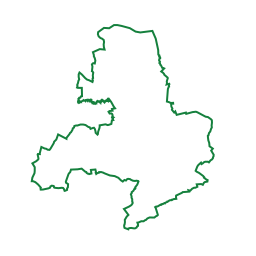 Kudan, Kaduna, Nigeria, rotated 99°
{"feature_id": "59680162B63511927639310", "entity_name": "Kudan", "entity_type": "district", "adm_level": 2, "iso_a3": "NGA", "parent_name": "Nigeria", "parent_adm1": "Kaduna", "projection": "orthographic", "projection_center": [7.758, 11.266], "detail": "fine", "context": "isolated", "style": "outline", "palette": "green", "viewbox_px": 256, "rotation_deg": 99, "n_neighbors": 0, "source": "geoboundaries", "source_scale": "gbopen_adm2", "svg_char_len": 5943}
<svg xmlns="http://www.w3.org/2000/svg" viewBox="0 0 256 256"><g transform="rotate(99 128 128)"><path d="M32.9,167.4L38.0,172.5L40.1,172.4L42.1,171.3L43.5,169.2L43.7,167.9L44.8,165.8L46.8,165.1L49.3,165.1L51.8,164.5L54.2,163.4L54.5,168.2L58.6,174.5L61.3,173.1L62.4,173.0L64.3,171.7L66.5,170.8L69.5,170.9L69.4,172.5L70.8,173.6L73.0,172.7L77.5,172.5L77.5,172.1L78.7,171.0L81.5,171.0L84.2,170.3L84.6,170.7L86.6,170.4L86.8,170.1L88.1,170.3L86.9,174.0L86.6,176.0L85.4,178.1L82.4,181.9L80.8,184.6L82.7,185.1L85.3,184.7L87.7,183.8L88.9,184.3L92.1,184.5L92.7,184.8L93.6,184.9L94.4,184.4L96.0,184.7L96.2,183.8L95.6,179.9L103.8,178.4L104.2,179.5L105.4,179.8L105.8,180.9L106.4,180.8L106.9,181.5L108.1,181.0L108.3,181.4L110.1,181.5L110.7,181.1L110.5,180.7L110.9,180.3L110.4,179.7L110.2,180.2L109.9,180.1L109.6,179.7L110.0,179.4L109.9,178.7L109.3,179.1L109.5,178.5L108.2,177.1L108.2,176.7L107.5,176.3L107.8,175.9L107.8,174.6L108.2,174.1L107.6,173.8L107.5,174.4L107.1,174.4L106.4,172.4L106.7,172.3L107.1,172.8L106.8,171.8L107.0,171.7L107.4,172.1L107.7,171.9L107.2,171.4L106.9,171.5L106.4,171.1L106.5,170.5L106.9,170.9L107.2,170.3L105.8,169.6L105.7,169.0L105.8,168.6L106.2,168.6L107.2,169.0L106.9,168.4L107.6,167.9L107.7,166.9L108.2,167.3L108.2,166.4L108.5,166.6L108.4,166.9L109.1,166.9L109.0,166.0L109.4,165.8L109.2,165.1L109.3,164.5L108.6,164.5L108.7,163.1L107.3,163.2L106.1,162.5L106.3,162.1L106.2,161.6L106.7,161.6L106.5,160.5L107.1,160.0L106.9,159.4L107.2,159.1L106.7,159.1L106.5,159.7L106.1,159.7L106.1,159.0L105.7,159.2L105.0,158.7L105.7,158.2L105.4,157.7L105.1,158.1L104.8,158.0L104.4,158.5L104.2,158.4L104.1,158.0L104.5,157.3L105.1,157.5L105.1,157.0L105.6,156.3L105.7,155.3L106.1,155.7L106.5,155.2L105.6,154.7L105.2,155.1L105.2,154.7L104.6,154.5L104.6,153.8L103.8,153.5L103.8,153.1L104.7,153.0L104.6,152.5L104.4,152.9L104.1,152.7L104.5,151.9L103.9,152.0L104.2,151.7L103.6,151.3L103.6,151.8L103.0,151.3L102.6,151.8L102.3,151.6L102.1,151.9L102.0,151.7L104.9,148.7L109.0,145.5L110.6,143.9L111.7,146.8L113.3,146.0L114.1,148.7L114.3,149.1L115.2,149.1L115.3,149.5L116.6,148.4L116.2,146.8L116.6,145.9L117.7,145.2L118.8,145.3L118.7,145.0L119.4,144.7L119.7,144.1L120.1,144.7L120.5,144.5L120.7,145.0L121.6,144.2L122.3,144.6L122.6,144.1L123.1,145.1L126.6,145.1L128.0,147.7L128.3,148.7L127.9,150.6L128.1,151.4L129.8,156.4L130.8,156.2L132.6,156.2L136.3,156.9L138.8,156.8L139.3,157.1L137.8,159.2L136.6,159.5L134.3,160.5L133.1,161.6L133.3,162.4L134.7,164.9L133.3,165.9L133.2,167.3L131.7,170.4L131.6,172.7L132.0,175.5L133.5,178.4L133.6,179.6L134.4,181.3L136.0,181.4L137.0,182.5L138.3,182.5L141.1,183.6L142.0,184.5L143.3,184.9L147.3,187.2L148.3,187.1L145.3,196.0L150.6,197.0L153.1,198.8L154.7,199.0L160.5,201.3L161.9,202.1L162.0,204.0L161.3,205.6L161.3,207.1L160.3,210.6L166.8,211.2L167.6,211.0L167.8,212.9L168.3,213.1L172.0,211.7L173.0,211.7L175.1,213.4L177.9,216.9L181.3,214.0L185.1,213.4L187.3,213.3L192.0,214.7L195.6,214.7L195.4,213.4L196.0,211.0L197.9,207.9L200.5,204.8L201.1,205.0L202.5,204.6L202.1,202.4L200.0,197.0L199.1,195.6L197.9,195.5L196.9,194.3L196.9,192.4L197.1,192.1L198.3,191.7L198.5,190.9L198.3,187.3L197.4,184.0L197.4,182.7L198.2,181.8L200.0,180.8L199.9,180.4L198.7,178.5L197.2,178.7L196.0,178.1L192.8,178.4L191.7,180.7L190.7,181.0L183.1,179.6L182.2,179.3L180.6,178.2L178.0,177.8L176.7,171.4L175.4,167.4L177.9,163.3L178.0,162.3L178.8,161.9L179.4,160.6L179.3,159.4L179.6,159.1L178.7,157.0L175.2,158.1L174.1,153.7L176.9,152.6L177.3,152.9L178.4,152.2L177.4,151.3L176.5,149.4L176.0,149.5L175.7,147.6L176.0,145.4L176.4,144.3L177.7,138.5L177.6,133.6L178.7,129.7L180.8,126.8L181.7,124.8L179.9,123.4L180.2,121.8L178.7,120.9L178.2,120.0L178.2,117.9L178.7,117.0L179.3,114.8L179.2,112.8L178.7,111.3L178.8,109.6L179.1,109.3L182.5,110.0L185.4,111.6L186.2,111.2L186.9,111.4L187.0,112.1L189.1,112.8L190.8,114.3L191.6,114.1L193.0,114.8L194.9,113.8L196.3,113.6L197.6,112.7L200.2,112.3L200.6,111.8L201.8,111.7L203.6,112.6L205.4,114.6L208.6,119.3L213.8,114.0L215.7,115.4L219.2,116.8L221.4,116.3L223.9,116.3L224.5,116.6L226.1,116.3L227.2,115.8L228.0,111.9L227.2,111.9L226.5,110.5L226.2,109.1L226.2,106.2L225.9,105.1L224.9,103.9L223.9,103.7L223.1,102.8L222.0,102.9L220.0,103.9L219.7,102.9L218.0,100.3L217.7,98.0L216.5,96.9L216.0,95.9L214.3,94.7L213.0,92.7L212.3,87.9L210.9,86.7L210.0,85.4L209.2,84.9L202.7,88.1L201.9,88.8L201.2,88.0L200.9,86.6L198.6,83.8L198.8,83.5L198.7,83.2L198.2,82.9L198.3,82.7L197.6,82.1L197.4,81.2L196.5,80.4L196.6,79.7L196.1,79.6L194.9,77.8L194.6,77.7L194.7,77.4L193.0,75.7L192.5,74.3L192.5,73.8L192.1,73.6L192.2,73.2L191.2,72.1L190.4,69.2L188.8,69.8L187.2,69.9L183.6,64.6L182.8,64.0L181.3,57.8L180.0,58.5L180.2,56.7L178.0,55.2L177.3,54.3L176.6,53.3L176.5,52.2L175.2,50.3L172.9,51.3L171.9,46.9L172.4,45.2L170.3,44.5L169.4,43.7L168.5,41.2L167.0,41.2L166.6,42.6L165.2,45.2L164.7,45.0L163.6,46.3L161.2,50.9L160.4,53.4L159.7,54.5L155.1,53.5L153.5,52.7L150.8,50.5L152.1,49.7L151.2,48.6L150.0,47.7L149.2,46.4L148.8,43.8L149.3,42.7L147.0,41.4L145.9,40.1L144.5,39.4L143.7,39.5L142.7,39.1L141.0,39.2L137.3,42.3L135.1,41.0L133.3,44.6L129.9,45.5L127.7,46.7L124.3,47.7L123.1,47.9L122.7,47.4L120.3,47.2L118.6,46.2L116.2,45.9L114.3,45.3L112.5,45.8L109.6,45.9L107.2,46.4L106.3,47.5L104.7,50.8L104.7,53.1L101.6,62.0L101.3,63.5L102.2,66.7L104.9,72.7L103.7,73.2L107.4,82.0L104.2,83.9L105.5,84.8L103.1,87.5L101.8,87.2L100.1,88.5L97.5,89.2L97.1,88.5L96.9,87.2L96.1,87.4L96.5,89.1L96.4,90.5L96.0,91.7L95.8,93.7L83.2,94.7L80.8,94.2L80.6,93.9L78.9,94.4L78.3,94.0L77.9,94.2L79.0,96.7L77.7,96.5L75.8,97.0L72.5,96.5L72.0,96.8L69.7,100.5L69.0,100.8L67.9,102.1L67.0,104.0L63.5,101.6L63.2,102.7L63.2,103.6L60.7,105.4L60.5,106.0L58.6,106.7L58.6,107.1L58.3,107.0L57.5,107.2L57.3,107.0L56.3,107.9L55.3,107.9L54.5,107.7L54.2,107.1L53.7,107.1L52.4,107.9L52.8,108.2L52.1,108.6L51.3,108.5L50.8,109.5L46.2,110.4L35.4,114.6L28.3,119.1L31.7,130.8L31.6,135.6L29.1,141.8L28.2,150.2L28.0,154.4L28.5,157.9L32.4,162.2L32.9,167.4Z" fill="none" stroke="#15803d" stroke-width="2"/></g></svg>